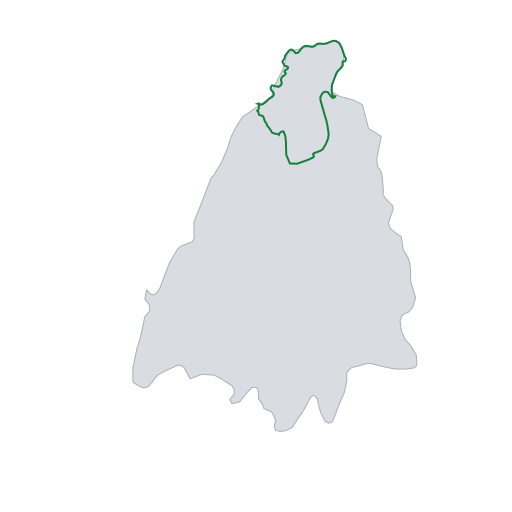 Una-Sana highlighted on a map of Bosnia and Herzegovina, rotated 70°
{"feature_id": "BIH-2225", "entity_name": "Una-Sana", "entity_type": "Canton", "adm_level": 1, "iso_a3": "BIH", "parent_name": "Bosnia and Herzegovina", "parent_adm1": "", "projection": "robinson", "projection_center": [16.171, 44.785], "detail": "fine", "context": "in_parent", "style": "outline", "palette": "green", "viewbox_px": 512, "rotation_deg": 70, "n_neighbors": 0, "source": "natural_earth", "source_scale": "10m", "svg_char_len": 3837}
<svg xmlns="http://www.w3.org/2000/svg" viewBox="0 0 512 512"><g transform="rotate(70 256 256)"><path d="M414.4,143.2L415.2,145.8L413.2,154.9L409.4,164.7L403.1,174.9L396.5,184.5L394.8,189.6L394.4,197.7L393.6,204.1L394.6,207.6L396.9,210.8L404.4,213.4L414.6,219.8L423.3,228.1L434.4,237.6L437.9,241.1L438.0,244.9L434.8,247.7L425.4,248.8L415.6,248.0L411.8,247.0L408.3,248.2L406.2,250.3L407.4,252.8L417.6,264.4L429.5,280.9L430.3,288.0L429.0,293.6L426.3,297.4L421.4,296.8L417.7,293.8L412.1,294.0L407.7,294.8L402.1,300.8L399.3,300.5L394.4,301.4L391.3,302.6L386.4,300.9L381.3,299.7L379.1,301.6L378.2,305.1L381.4,311.4L387.5,321.4L386.6,329.0L382.1,329.8L377.9,323.5L374.2,322.4L370.0,322.7L360.4,330.0L353.4,336.2L351.8,340.5L349.3,345.2L348.6,348.6L348.9,359.9L336.1,361.7L333.4,363.4L331.9,366.8L333.1,381.4L334.3,389.2L341.7,401.3L342.0,405.1L341.0,407.6L335.8,412.4L333.4,414.1L331.7,414.6L323.2,411.5L319.1,410.0L301.9,399.3L294.3,393.4L282.3,385.7L275.0,381.3L271.2,374.6L265.3,373.0L258.5,375.2L250.6,370.4L256.1,367.9L257.5,365.5L256.8,362.4L254.3,358.2L233.1,339.9L222.7,327.4L221.0,322.9L220.8,311.0L218.4,308.2L202.9,302.8L185.6,287.3L167.8,272.1L165.4,267.8L156.2,256.4L145.0,245.9L136.1,239.2L128.8,231.7L120.7,221.1L116.5,205.1L112.8,190.8L110.3,185.3L105.2,183.3L89.4,166.5L75.9,156.7L76.1,146.1L78.3,128.4L80.8,108.6L84.1,105.9L90.2,104.4L97.2,104.9L103.3,107.4L115.4,120.9L122.3,126.2L128.1,128.3L134.8,122.5L143.1,110.6L150.3,104.3L174.6,106.6L186.5,97.4L205.9,109.4L213.9,111.3L218.4,109.6L224.5,110.3L238.1,113.9L241.2,115.4L245.3,115.1L255.3,110.4L258.8,111.0L270.3,120.3L276.1,120.4L283.0,116.4L287.4,112.9L300.6,115.5L308.2,113.9L314.4,113.8L321.2,115.4L327.5,117.5L333.5,119.4L349.8,120.3L357.7,126.2L360.9,131.9L361.0,135.4L361.9,139.2L366.4,142.9L376.3,145.0L382.4,144.6L385.7,144.3L394.0,141.0L403.9,139.3L411.0,141.3L414.4,143.2Z" fill="#d9dde1" stroke="#a8b0b8" stroke-width="1"/><path d="M130.3,129.1L132.5,128.6L133.0,127.0L133.4,127.4L133.9,128.2L133.8,129.1L133.3,130.3L131.2,131.1L126.7,132.4L125.3,134.6L125.3,136.6L126.2,138.5L128.9,141.3L131.8,142.1L138.0,142.6L144.6,143.0L147.5,143.3L153.0,143.6L158.1,144.3L161.6,145.0L166.6,146.1L170.5,148.3L174.6,152.0L178.3,156.5L179.2,159.5L179.2,164.2L179.2,166.2L179.8,167.6L182.2,167.4L183.0,168.7L183.4,173.6L183.4,179.4L183.3,186.1L182.4,188.1L181.5,190.5L180.7,192.5L176.6,192.7L171.4,193.0L166.0,191.2L159.4,189.0L153.8,187.5L150.1,187.5L148.3,187.6L147.9,190.0L148.7,192.0L150.0,193.0L149.2,193.4L147.1,197.0L145.6,198.7L141.0,199.6L137.9,200.7L134.7,201.0L132.6,201.6L129.2,201.5L127.0,201.6L125.6,203.3L125.0,204.4L123.9,204.9L121.5,204.5L120.5,205.0L119.9,205.2L119.6,204.1L118.6,203.2L116.7,202.1L115.0,201.7L113.9,201.7L113.6,202.1L113.6,201.1L114.2,200.7L115.0,200.2L115.6,199.4L115.6,197.6L115.0,195.3L112.6,189.6L112.2,187.3L111.5,185.2L110.4,184.0L108.5,183.7L105.0,185.0L103.1,184.8L101.2,182.9L101.9,181.1L103.5,179.3L103.9,177.8L104.7,177.4L104.8,177.3L104.5,175.7L104.0,174.3L103.3,173.2L102.1,172.7L99.8,172.4L98.6,172.0L97.7,171.5L96.4,169.8L95.7,166.9L94.7,165.6L94.0,165.6L93.2,166.0L92.5,166.2L91.7,165.5L91.4,164.5L91.2,163.3L90.8,162.2L90.2,161.5L89.0,161.5L88.3,162.2L87.8,163.2L87.1,163.9L86.3,164.2L84.7,164.3L83.8,164.6L82.4,164.7L81.6,164.0L81.0,162.8L80.2,161.7L78.0,160.4L77.5,159.8L75.2,156.3L74.1,154.2L74.0,152.3L75.4,150.7L77.3,150.1L78.9,149.5L79.4,147.4L78.5,145.2L77.0,143.1L75.7,140.7L75.4,137.8L75.7,136.9L76.2,135.7L78.5,132.1L78.9,130.1L77.8,126.6L77.8,124.4L80.0,119.4L80.4,117.6L80.1,110.8L80.2,109.9L81.2,107.4L82.2,106.6L84.3,104.9L89.3,104.2L98.3,104.4L100.4,104.1L101.5,104.1L102.6,104.6L103.4,105.6L103.3,106.6L103.0,107.5L102.9,108.0L103.7,108.5L105.8,108.9L107.0,109.7L108.4,111.8L110.4,116.3L112.0,118.2L120.6,125.6L123.2,127.1L126.8,128.4L130.3,129.1Z" fill="none" stroke="#15803d" stroke-width="2"/></g></svg>